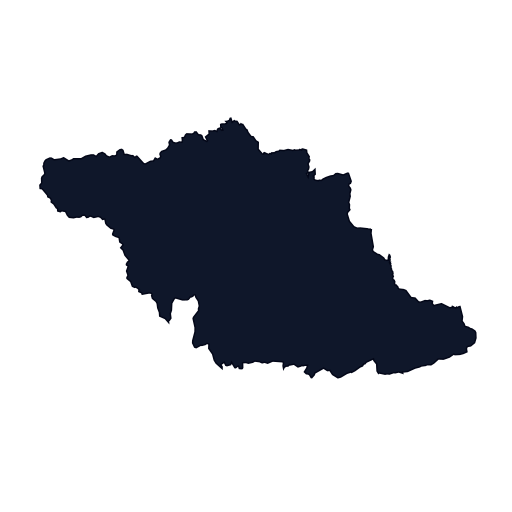 Plaiesii De Jos, Harghita, Romania (Albers equal-area conic projection), rotated 247°
{"feature_id": "2599482B92512396286900", "entity_name": "Plaiesii De Jos", "entity_type": "district", "adm_level": 2, "iso_a3": "ROU", "parent_name": "Romania", "parent_adm1": "Harghita", "projection": "albers", "projection_center": [26.159, 46.235], "detail": "fine", "context": "isolated", "style": "filled", "palette": "ink", "viewbox_px": 512, "rotation_deg": 247, "n_neighbors": 0, "source": "geoboundaries", "source_scale": "gbopen_adm2", "svg_char_len": 6114}
<svg xmlns="http://www.w3.org/2000/svg" viewBox="0 0 512 512"><g transform="rotate(247 256 256)"><path d="M147.4,398.7L147.8,396.2L148.9,394.2L149.1,389.6L150.2,387.7L155.1,386.0L157.1,382.5L165.6,380.5L167.4,378.7L169.5,375.0L170.6,374.2L171.9,374.5L174.6,373.6L174.9,372.7L176.7,372.8L178.2,373.7L179.9,373.6L180.7,372.9L182.4,373.1L183.7,374.5L185.5,374.1L186.0,375.1L188.2,375.7L190.2,375.1L190.9,375.7L192.1,375.5L194.4,376.5L196.2,376.4L196.6,377.0L197.2,376.5L197.8,377.2L198.2,376.5L200.0,377.9L201.6,378.2L202.5,379.2L204.5,379.4L205.1,379.1L203.3,377.5L200.4,376.1L201.1,374.2L202.2,373.0L204.2,372.8L209.0,370.0L210.1,368.4L214.4,365.5L216.3,365.6L218.7,367.6L232.0,370.7L235.1,372.4L235.3,371.7L236.2,371.6L236.4,370.5L237.5,369.2L241.0,362.9L242.1,359.9L244.7,357.5L251.5,355.5L258.9,356.3L260.3,357.2L261.9,360.5L263.5,360.5L266.7,362.1L269.1,362.2L274.1,366.0L276.7,366.7L279.8,369.1L281.6,369.3L284.1,368.6L285.5,369.3L286.0,370.0L286.0,371.3L287.6,372.8L296.0,373.4L296.5,372.6L296.5,367.9L300.0,363.5L300.6,361.6L299.7,358.9L300.5,355.7L300.8,351.3L300.6,347.7L300.0,345.7L301.1,343.7L300.8,343.0L302.5,340.3L304.0,339.3L306.2,340.4L307.2,340.0L308.1,342.4L312.7,344.1L311.5,341.0L312.2,337.6L308.3,334.8L312.2,334.7L312.2,335.8L312.9,336.6L314.4,336.8L315.6,338.4L317.3,339.5L320.6,339.9L322.5,342.4L323.6,343.0L325.1,342.7L326.7,343.8L331.2,343.1L333.7,343.9L336.3,340.7L336.4,340.0L335.7,339.4L337.0,337.8L336.7,337.1L337.9,333.7L338.7,332.9L338.7,331.2L341.5,327.1L342.1,322.9L344.0,319.2L343.5,318.0L344.1,315.7L344.1,314.4L343.6,313.9L344.8,310.6L344.1,310.1L344.9,308.7L344.4,307.5L346.4,305.3L346.9,304.2L347.2,304.7L347.9,304.0L347.7,303.3L346.8,302.7L347.3,301.7L353.5,299.7L359.8,302.5L362.1,300.9L366.8,300.0L367.9,298.1L372.9,296.9L375.6,297.0L376.7,296.2L382.3,295.2L382.7,294.3L383.6,293.8L383.1,293.1L383.2,291.9L387.4,291.1L388.2,289.4L389.1,288.9L388.3,286.3L392.7,286.7L392.8,286.0L391.2,284.5L391.2,282.1L391.6,280.9L390.0,281.5L389.5,280.6L389.7,278.7L390.8,276.3L390.9,274.9L387.9,273.8L387.2,274.8L384.8,274.7L385.0,273.6L388.0,272.2L387.8,270.3L385.9,268.6L387.6,267.0L387.9,264.8L389.5,261.6L386.6,260.6L385.3,256.1L381.1,256.4L380.6,255.5L383.7,252.9L387.9,253.1L389.0,252.4L390.1,250.3L393.6,249.4L394.1,247.9L393.3,246.9L393.1,245.0L395.5,239.9L394.9,238.3L393.1,236.5L393.7,234.2L391.0,233.4L389.6,232.2L390.9,230.0L390.8,227.8L391.3,226.1L393.0,224.0L395.8,223.5L396.3,222.7L394.7,220.4L391.9,219.8L389.7,216.8L388.8,214.3L389.1,210.0L388.1,208.0L387.2,207.4L384.8,207.2L383.8,206.1L383.5,203.1L385.5,201.5L383.5,198.8L384.4,195.8L383.9,190.0L384.9,188.7L394.3,185.4L394.6,184.9L393.9,183.0L396.5,181.8L397.1,180.3L400.0,176.8L400.9,174.3L405.2,174.8L406.6,174.0L407.0,172.3L406.1,168.6L403.9,167.6L403.2,166.7L403.3,164.9L404.4,162.8L404.2,159.7L406.7,157.4L409.0,156.8L411.4,154.9L411.6,151.1L410.0,147.8L412.5,145.9L413.5,143.5L414.4,138.2L413.8,133.1L416.8,126.1L416.4,124.1L416.6,120.8L421.6,117.3L421.6,114.2L423.4,107.8L426.0,105.9L426.7,104.5L426.6,100.4L426.0,99.0L424.4,97.1L422.5,96.2L421.9,95.2L414.6,94.0L413.6,93.0L412.5,90.1L411.3,89.0L406.9,87.3L405.7,84.8L402.5,83.7L401.4,85.5L393.4,87.9L391.8,87.5L389.9,89.2L387.5,89.6L385.7,88.6L382.9,90.2L378.3,91.0L377.3,91.9L374.9,91.1L373.2,93.2L373.6,94.8L371.4,98.1L367.3,98.3L364.6,99.2L362.5,103.0L362.0,106.0L360.8,108.4L360.6,110.1L361.3,111.6L360.8,113.8L360.1,114.5L357.6,115.2L357.3,117.1L357.8,118.4L357.1,119.7L354.9,121.7L354.1,126.2L352.4,128.1L349.6,129.1L349.4,130.8L348.7,131.3L344.8,130.5L343.0,130.8L338.3,133.2L336.4,135.5L335.5,135.7L332.2,132.6L331.3,132.5L328.8,134.5L326.5,137.2L322.1,136.1L319.3,137.9L318.2,138.0L316.4,134.7L313.3,136.0L307.9,135.7L301.9,137.5L301.0,137.2L300.6,135.4L299.1,133.5L298.3,133.3L296.5,134.5L292.7,131.0L288.2,130.7L286.6,128.8L285.7,128.5L281.4,130.7L276.4,130.4L274.6,132.0L274.6,132.9L272.7,134.5L270.3,135.4L269.6,134.4L269.0,134.3L266.8,136.4L265.3,136.3L263.8,143.1L262.6,145.2L261.0,145.4L260.4,144.5L257.5,144.1L253.2,146.3L250.9,146.5L246.6,145.3L241.8,145.1L238.3,143.9L233.9,148.0L229.0,149.6L230.8,150.3L230.7,151.2L232.0,153.3L236.5,154.6L239.1,156.9L245.5,160.0L248.6,164.0L249.0,165.5L244.4,171.1L242.6,175.5L242.6,176.9L244.0,179.5L243.6,180.7L243.8,182.4L244.5,183.3L244.3,184.6L243.8,184.8L241.4,184.6L237.2,185.4L232.1,184.3L229.7,182.3L228.2,182.0L224.0,174.6L223.0,173.7L213.9,172.0L209.9,170.2L202.8,164.7L200.7,163.7L196.1,163.9L195.0,165.1L195.5,170.3L194.9,171.2L194.4,174.6L194.8,176.7L193.3,178.3L189.3,176.4L182.7,177.8L176.5,176.9L173.0,177.4L165.7,180.8L167.3,181.5L169.8,181.1L170.7,185.3L167.2,185.5L166.4,186.4L165.9,190.2L167.8,192.0L161.5,192.9L161.1,193.6L161.7,195.8L161.5,197.0L159.0,196.7L158.0,198.4L157.8,199.4L158.4,200.1L162.9,201.9L162.8,202.7L161.8,205.3L160.3,207.1L159.5,211.5L159.8,213.8L157.3,218.1L155.3,219.9L154.9,222.4L152.8,224.8L152.8,230.3L148.7,238.3L148.0,239.4L147.0,239.6L144.3,238.0L141.6,237.4L142.4,238.3L142.9,240.4L142.2,242.5L142.9,244.6L142.4,244.8L141.6,248.7L137.5,251.3L137.2,254.7L137.6,255.6L136.6,256.3L136.3,258.4L135.3,260.8L133.0,259.0L130.4,255.3L128.0,256.3L126.9,258.1L125.7,258.9L122.5,259.3L122.2,259.8L123.8,263.1L125.3,264.5L126.4,274.4L122.6,277.0L121.9,279.3L117.0,280.2L111.9,283.8L111.5,286.7L112.5,293.9L112.1,298.3L111.5,298.5L111.8,302.2L113.2,308.3L113.2,311.1L114.5,312.8L114.2,314.1L115.2,316.0L115.5,324.0L113.7,323.7L109.4,324.9L102.8,322.5L100.1,322.9L100.3,323.6L96.8,328.6L96.3,330.7L95.2,332.7L94.9,337.1L94.1,338.5L93.5,342.1L90.8,345.2L92.0,345.3L90.5,350.4L90.7,358.7L90.0,363.3L90.2,365.2L89.0,369.5L89.2,370.8L87.5,374.6L88.0,377.8L90.0,383.6L87.8,388.3L87.4,394.5L88.5,399.8L87.5,400.5L85.8,405.2L85.3,408.7L85.4,412.7L88.3,413.4L89.7,414.4L90.0,415.8L89.4,418.5L90.8,423.3L94.6,426.4L99.6,428.3L101.4,428.2L104.5,426.2L105.5,424.8L107.4,423.6L109.6,420.8L112.4,421.0L115.6,420.2L119.5,422.4L129.8,424.0L130.0,422.9L129.6,421.6L130.6,420.7L129.8,419.5L130.6,419.1L131.4,417.3L131.9,417.9L132.8,417.1L132.2,416.7L132.5,414.2L139.6,408.1L140.9,400.3L143.4,399.6L145.3,400.8L147.4,398.7Z" fill="#0f172a" stroke="#020617" stroke-width="1.5"/></g></svg>